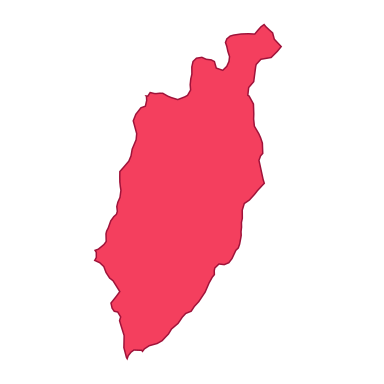 the district of Choirokoitia, Larnaca, Cyprus, rotated 264°
{"feature_id": "46923920B55187515304713", "entity_name": "Choirokoitia", "entity_type": "district", "adm_level": 2, "iso_a3": "CYP", "parent_name": "Cyprus", "parent_adm1": "Larnaca", "projection": "robinson", "projection_center": [33.342, 34.796], "detail": "fine", "context": "isolated", "style": "filled", "palette": "rose", "viewbox_px": 384, "rotation_deg": 264, "n_neighbors": 0, "source": "geoboundaries", "source_scale": "gbopen_adm2", "svg_char_len": 2144}
<svg xmlns="http://www.w3.org/2000/svg" viewBox="0 0 384 384"><g transform="rotate(264 192 192)"><path d="M134.1,88.1L131.3,92.9L127.1,96.5L120.9,98.1L115.0,101.1L112.0,104.2L100.5,109.8L96.2,105.9L90.0,99.8L84.8,100.4L81.5,102.2L80.4,105.6L75.2,108.0L71.6,106.5L66.8,107.4L56.3,109.5L44.3,108.0L34.4,109.5L33.0,110.1L35.9,111.5L39.1,114.6L40.9,117.7L39.8,125.5L38.7,126.1L41.0,128.3L43.6,133.4L45.0,141.6L47.3,146.8L50.1,150.0L53.2,153.7L57.9,157.3L62.8,164.4L65.6,166.8L68.6,169.3L71.9,173.1L73.5,178.7L78.0,182.4L82.2,187.2L91.1,194.6L100.0,199.6L101.5,200.7L105.1,203.2L107.5,205.6L111.4,205.9L114.0,206.7L117.6,211.3L116.4,216.4L117.8,221.2L121.6,224.8L129.4,229.5L131.5,232.2L135.2,233.9L141.5,235.8L143.8,236.4L147.4,236.6L151.8,237.6L156.6,238.0L160.6,239.3L168.8,240.1L175.1,242.8L175.9,244.3L178.0,248.2L183.0,253.8L186.6,257.3L190.8,262.1L193.1,264.8L197.2,264.0L216.5,261.9L220.8,264.0L223.0,266.4L233.3,267.1L238.7,265.9L243.0,264.5L250.9,260.9L258.1,260.9L263.1,261.6L273.1,262.3L281.5,258.8L282.4,257.6L290.0,259.3L295.3,264.9L310.3,268.5L312.2,269.2L316.8,274.4L317.5,284.8L323.0,291.6L327.3,295.9L332.3,292.1L335.4,289.8L341.8,288.8L345.2,285.7L348.7,282.7L351.0,281.2L349.1,277.9L346.4,274.9L342.5,270.9L343.5,264.7L344.0,257.4L344.0,257.2L343.7,249.8L343.1,246.3L340.7,242.7L337.2,240.9L333.3,241.8L328.0,242.4L322.7,243.5L317.9,242.4L313.3,239.7L309.8,235.3L312.7,229.1L319.4,227.9L321.4,224.9L322.5,220.0L324.9,215.9L324.6,210.4L321.7,206.7L316.4,204.9L309.2,204.2L304.6,202.6L298.8,201.4L293.6,201.3L288.6,197.7L287.4,194.9L285.4,187.5L288.1,181.2L289.8,178.0L293.2,173.3L293.6,170.3L293.6,166.4L293.9,164.7L295.3,160.8L292.0,158.1L292.3,156.4L291.8,156.7L287.8,156.5L282.2,154.6L281.1,150.0L275.2,144.3L268.9,141.0L264.6,141.7L255.8,143.1L249.8,141.9L240.9,137.0L234.2,135.1L229.3,132.4L224.9,127.8L219.9,122.4L215.0,121.8L209.6,121.3L204.9,121.3L201.1,121.5L194.1,119.8L189.6,117.2L185.4,115.7L180.5,115.7L177.7,114.5L175.7,111.7L171.8,108.2L164.9,104.9L162.0,103.0L159.4,102.1L151.8,101.5L149.0,99.0L144.9,92.8L144.1,89.5L142.0,90.5L136.9,90.0L134.1,88.1Z" fill="#f43f5e" stroke="#9f1239" stroke-width="1.5"/></g></svg>